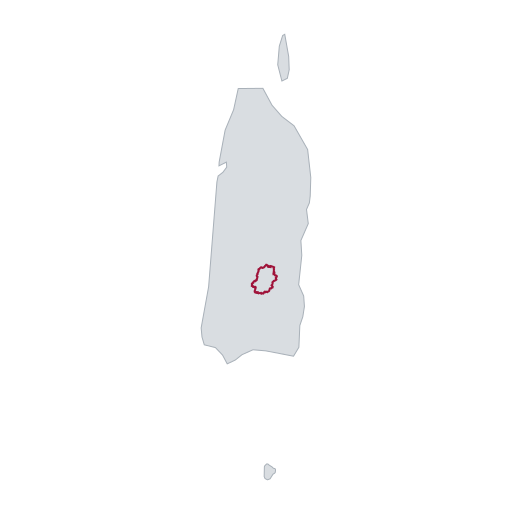 Adjuntas, Puerto Rico (highlighted), rotated 273°
{"feature_id": "32010507B57249745430969", "entity_name": "Adjuntas", "entity_type": "district", "adm_level": 2, "iso_a3": "PRI", "parent_name": "Puerto Rico", "parent_adm1": "", "projection": "orthographic", "projection_center": [-66.756, 18.181], "detail": "fine", "context": "in_parent", "style": "outline", "palette": "rose", "viewbox_px": 512, "rotation_deg": 273, "n_neighbors": 0, "source": "geoboundaries", "source_scale": "gbopen_adm2", "svg_char_len": 3895}
<svg xmlns="http://www.w3.org/2000/svg" viewBox="0 0 512 512"><g transform="rotate(273 256 256)"><path d="M337.9,218.6L343.2,222.1L348.2,221.5L344.1,214.3L347.9,214.3L380.1,218.6L400.9,226.0L422.3,229.5L423.8,254.1L407.4,264.1L396.7,274.5L388.0,287.2L365.0,302.0L337.2,306.6L318.7,307.0L311.8,306.5L305.1,304.0L291.1,306.5L273.8,300.0L259.0,301.7L229.6,300.1L218.6,305.7L208.1,307.0L197.7,305.9L188.9,303.4L167.1,303.6L157.9,298.7L161.8,270.6L162.2,257.9L156.8,247.3L151.0,240.7L146.8,232.9L155.3,227.8L162.4,220.3L164.6,209.0L172.3,206.3L181.3,205.0L222.8,210.3L328.0,213.1L333.9,214.0L337.9,218.6ZM456.9,278.2L443.7,279.4L435.1,278.0L432.1,272.7L448.1,267.7L466.8,268.3L477.6,271.1L478.9,273.1L456.9,278.2ZM43.9,286.6L42.4,286.7L40.8,286.5L40.1,286.0L39.0,284.4L34.2,281.7L33.1,279.2L34.2,276.7L36.2,275.7L45.9,275.4L46.9,275.7L48.9,277.5L48.9,278.8L47.9,280.0L46.2,283.1L45.5,283.8L44.9,284.6L44.7,286.0L43.9,286.6Z" fill="#d9dde1" stroke="#a8b0b8" stroke-width="1"/><path d="M222.1,256.9L221.6,256.7L221.1,256.5L220.6,256.5L220.1,256.6L219.5,257.1L219.4,257.3L219.5,257.6L219.8,257.8L220.0,258.1L220.0,258.7L219.8,258.5L219.4,258.5L219.2,258.6L219.1,259.0L219.3,259.3L219.2,259.6L219.4,259.6L219.0,260.5L218.9,260.6L219.1,260.9L219.2,261.7L219.2,261.9L219.1,262.5L219.5,263.0L219.3,263.3L218.7,263.5L218.9,263.9L219.0,264.5L218.9,264.8L219.2,265.0L219.1,265.3L219.4,265.4L219.6,265.8L220.2,266.0L220.4,266.1L220.4,266.4L220.3,266.8L220.8,266.9L220.7,267.2L220.4,267.2L220.4,267.3L220.5,267.7L220.9,268.0L220.9,268.4L220.6,268.9L220.5,269.3L220.8,269.5L221.2,270.0L221.4,270.6L221.9,271.0L222.1,271.0L222.7,271.2L222.9,271.2L223.5,271.3L223.8,271.4L224.3,271.5L224.4,271.9L224.4,272.8L224.6,272.9L224.8,273.2L225.0,273.2L225.4,274.1L225.9,273.9L226.1,274.1L226.3,273.8L226.8,273.9L227.2,273.5L227.6,273.1L228.0,273.5L229.1,274.0L229.4,274.0L229.8,274.0L230.2,273.8L230.6,273.8L230.7,274.0L231.2,274.3L231.5,274.7L231.9,274.9L231.9,275.1L232.3,275.5L232.2,275.8L232.6,276.4L232.9,277.0L233.5,277.6L233.8,277.4L234.0,277.2L234.4,277.2L234.5,277.0L235.2,276.9L235.4,277.2L235.7,277.3L236.5,277.9L237.2,277.7L237.3,277.3L237.6,277.0L237.5,276.6L237.6,276.1L238.1,275.8L238.2,275.5L238.5,275.4L238.9,275.0L239.0,274.7L238.9,274.4L239.6,274.3L239.7,274.7L239.9,274.8L240.1,275.1L240.3,274.8L241.0,274.7L241.4,274.9L241.8,274.5L242.1,274.6L242.8,274.6L243.4,274.7L243.6,274.5L244.2,274.3L244.5,274.4L245.0,274.7L245.3,274.7L245.7,274.7L245.8,274.2L246.1,273.7L246.2,273.1L246.3,272.9L246.6,272.0L246.5,271.9L246.4,271.5L246.8,271.0L246.8,270.6L246.6,270.5L246.0,271.0L245.7,271.0L245.8,270.5L245.9,270.4L245.9,270.1L245.7,269.9L245.7,269.3L246.4,268.9L246.8,268.7L246.9,268.3L246.6,268.1L246.8,268.0L247.0,268.0L247.3,267.9L247.4,267.4L247.8,267.1L247.8,266.6L247.4,266.4L247.3,266.5L246.8,265.9L246.6,265.7L246.4,265.4L245.9,265.3L245.5,264.8L245.2,264.7L244.9,264.3L244.9,264.0L244.4,263.3L244.4,262.8L244.8,262.5L245.0,262.2L245.0,261.8L245.0,261.6L244.1,260.6L243.8,260.4L243.2,260.1L243.1,259.4L242.9,259.2L242.5,259.5L241.8,259.4L241.7,259.2L240.5,259.3L240.2,259.0L239.6,258.7L239.2,258.7L238.7,258.6L238.5,258.3L238.0,258.5L237.7,258.5L237.3,258.1L236.8,257.8L236.4,257.7L235.8,257.9L235.2,258.6L234.9,258.4L234.6,258.3L234.1,258.4L233.7,258.3L233.2,258.0L232.8,258.0L232.4,258.1L232.3,257.8L232.0,257.8L231.6,257.6L231.7,257.3L231.6,257.0L231.3,256.8L231.5,256.7L231.4,256.5L231.2,256.4L231.0,256.1L230.9,255.6L230.5,255.3L230.1,254.9L229.4,254.9L229.3,254.7L229.0,254.6L228.7,254.0L228.8,253.9L228.1,253.3L227.9,253.3L227.5,253.6L227.2,253.6L226.8,253.4L225.9,253.4L225.9,253.9L225.8,254.1L225.8,254.5L225.7,254.7L225.2,254.5L224.9,254.7L224.9,255.1L225.1,255.1L224.9,255.5L225.1,255.6L224.9,255.9L225.0,256.2L225.2,256.9L224.9,257.3L224.4,257.4L223.8,257.2L223.6,257.2L223.3,257.0L223.1,257.1L222.8,257.0L222.5,256.9L222.1,256.9Z" fill="none" stroke="#9f1239" stroke-width="2"/></g></svg>